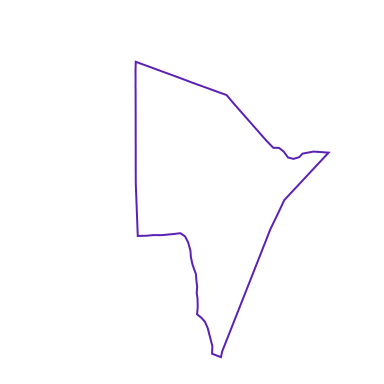 Barra de Guabiraba, Pernambuco, Brazil, rotated 128°
{"feature_id": "56859067B85963395664365", "entity_name": "Barra de Guabiraba", "entity_type": "district", "adm_level": 2, "iso_a3": "BRA", "parent_name": "Brazil", "parent_adm1": "Pernambuco", "projection": "robinson", "projection_center": [-35.622, -8.422], "detail": "fine", "context": "isolated", "style": "outline", "palette": "violet", "viewbox_px": 384, "rotation_deg": 128, "n_neighbors": 0, "source": "geoboundaries", "source_scale": "gbopen_adm2", "svg_char_len": 847}
<svg xmlns="http://www.w3.org/2000/svg" viewBox="0 0 384 384"><g transform="rotate(128 192 192)"><path d="M260.0,207.7L254.7,201.2L249.4,195.5L244.8,189.5L236.8,181.0L231.7,175.9L231.2,170.3L234.1,164.0L239.2,157.1L244.0,152.8L248.9,146.9L254.2,138.5L259.5,133.6L263.6,129.5L268.6,126.2L272.3,122.3L279.2,116.6L285.3,112.7L285.3,107.3L286.3,102.0L289.6,95.8L300.8,81.2L307.1,76.6L304.3,67.5L299.3,70.0L256.6,82.6L249.8,84.6L183.6,104.2L173.3,107.3L155.6,111.1L141.6,114.3L76.9,108.6L81.1,114.9L85.4,121.2L93.8,128.6L98.4,128.9L103.4,132.4L105.7,137.6L103.7,144.6L103.7,150.7L107.1,155.1L105.7,165.4L101.3,188.6L97.0,211.6L94.3,224.5L96.5,231.0L105.9,259.8L109.0,269.8L122.2,310.8L124.0,316.5L131.3,311.1L138.9,305.1L143.2,301.8L146.9,298.8L200.6,256.7L207.4,251.4L220.2,241.3L260.0,207.7Z" fill="none" stroke="#5b21b6" stroke-width="2"/></g></svg>